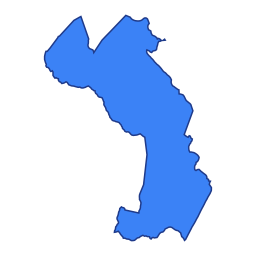 Esplanada, Bahia, Brazil
{"feature_id": "56859067B16416208694581", "entity_name": "Esplanada", "entity_type": "district", "adm_level": 2, "iso_a3": "BRA", "parent_name": "Brazil", "parent_adm1": "Bahia", "projection": "robinson", "projection_center": [-37.881, -11.95], "detail": "fine", "context": "isolated", "style": "filled", "palette": "blue", "viewbox_px": 256, "rotation_deg": 0, "n_neighbors": 0, "source": "geoboundaries", "source_scale": "gbopen_adm2", "svg_char_len": 4781}
<svg xmlns="http://www.w3.org/2000/svg" viewBox="0 0 256 256"><path d="M73.9,20.4L59.5,36.1L58.3,36.5L57.7,37.8L50.1,48.0L47.3,51.3L46.0,51.3L45.5,52.6L45.0,54.5L44.6,56.4L44.6,57.7L44.6,59.5L45.2,61.6L45.6,62.9L46.3,64.3L45.9,65.9L46.7,67.2L48.1,67.5L49.3,68.8L50.1,70.6L50.9,71.5L52.3,70.8L53.0,72.0L53.0,73.3L53.0,75.4L54.0,77.0L55.0,78.2L56.1,77.7L57.3,78.5L58.4,78.7L58.5,80.5L59.4,81.7L60.6,82.1L61.8,83.5L63.3,83.2L64.5,82.8L66.0,81.8L67.3,82.5L68.1,83.8L68.9,84.9L70.0,85.2L71.3,85.8L72.7,86.0L73.8,86.1L75.1,86.5L76.2,86.8L78.2,87.3L79.9,87.1L80.8,87.7L82.0,88.0L83.3,87.9L84.3,87.6L85.4,87.3L86.6,86.6L88.5,86.0L89.6,86.9L90.6,87.6L91.7,89.1L93.0,89.9L93.9,90.7L95.0,90.8L95.2,92.2L95.7,93.4L96.7,94.1L97.4,95.0L98.1,96.3L99.2,97.1L100.5,97.3L102.0,97.7L102.9,99.5L103.4,101.0L104.0,102.1L103.9,103.4L103.9,104.8L104.8,106.4L105.6,107.7L106.0,109.1L106.4,110.5L107.2,111.1L108.3,112.4L108.9,114.6L109.6,115.9L109.9,117.3L111.1,118.6L111.9,119.9L113.2,120.8L114.6,121.0L115.7,121.6L117.6,122.0L119.3,122.7L119.9,123.7L120.9,124.6L121.5,126.0L122.3,127.2L122.5,128.4L123.4,129.3L124.3,130.1L124.9,131.3L126.4,132.0L127.9,131.8L129.0,132.2L129.8,133.0L130.6,134.0L131.7,135.0L133.3,135.4L135.0,135.2L136.9,135.0L138.6,134.4L140.2,133.8L141.8,135.1L143.3,136.4L144.8,137.2L147.0,154.7L146.2,161.7L143.6,184.7L140.0,193.5L139.5,195.0L139.4,196.7L139.5,198.2L139.5,199.5L140.4,201.0L141.0,202.8L140.8,204.6L140.5,205.9L140.4,207.9L139.9,209.4L139.0,211.0L138.8,213.0L125.0,210.0L124.7,208.7L123.8,207.8L122.4,207.5L121.4,206.9L119.8,208.5L119.5,210.5L118.7,212.0L118.3,214.2L117.8,215.9L117.1,217.4L117.0,218.9L117.7,220.4L118.5,222.1L118.3,223.4L117.2,224.4L116.6,225.8L115.7,226.9L115.5,228.4L115.3,229.6L114.6,230.7L114.4,232.3L115.6,232.1L116.9,231.8L118.2,231.2L119.6,232.7L120.6,234.4L121.8,235.8L122.9,237.0L123.3,238.2L125.0,238.2L126.7,239.0L128.8,239.2L130.2,239.9L131.3,240.6L132.8,240.6L134.6,240.3L135.9,239.2L137.4,237.9L139.1,237.6L140.4,236.5L141.6,235.9L142.9,235.3L144.6,236.2L146.0,235.9L147.3,236.6L148.4,236.6L149.5,236.8L150.1,238.4L151.1,239.0L151.9,237.9L153.0,237.4L154.3,237.9L155.6,237.7L157.0,237.5L157.7,236.6L158.6,235.1L159.7,233.4L161.2,232.3L162.9,232.0L164.3,230.6L165.2,228.9L166.8,228.2L168.5,227.3L170.2,227.0L172.0,227.5L173.4,228.6L174.3,229.2L175.3,229.9L176.6,230.4L178.1,230.7L179.6,232.0L180.7,232.9L181.0,234.3L181.4,235.4L181.7,236.6L182.8,237.5L183.8,238.8L184.5,240.4L185.6,239.5L186.3,238.1L187.0,236.8L187.7,235.4L188.2,234.4L189.1,232.7L190.3,230.4L191.1,228.9L191.9,227.2L192.9,225.6L193.6,224.4L194.4,223.1L195.5,221.1L196.2,219.7L196.9,218.4L197.8,216.9L198.3,215.9L199.1,214.2L199.9,212.6L200.7,210.9L201.5,209.4L202.3,207.8L203.0,206.6L203.6,205.4L204.3,204.1L204.9,202.8L205.7,201.2L207.0,199.0L207.8,197.3L208.5,196.1L209.4,194.6L210.1,193.4L210.7,192.0L211.3,190.7L211.4,189.2L211.4,187.5L210.3,185.9L209.3,184.5L209.6,182.8L210.4,181.2L208.6,180.9L208.5,179.4L206.8,178.5L206.9,177.3L206.5,176.0L205.7,174.9L203.4,173.2L202.2,172.2L201.3,171.6L200.2,170.5L199.0,169.4L197.4,169.6L196.0,170.5L194.8,169.7L194.6,168.2L194.6,166.8L194.9,165.4L195.9,164.1L196.1,162.3L197.3,161.7L198.2,160.4L198.8,158.9L199.1,157.3L198.4,156.1L197.7,155.2L196.8,154.4L195.4,153.4L193.9,152.6L192.4,152.3L191.1,152.0L190.0,152.2L189.3,151.1L188.9,150.0L188.7,148.1L188.7,146.4L189.2,145.3L189.8,144.0L190.7,143.0L191.0,141.8L191.9,140.9L192.3,139.0L190.8,137.9L190.3,136.2L189.2,135.7L188.1,137.3L186.6,136.5L185.1,135.4L184.2,134.6L192.9,110.8L190.8,104.5L189.8,103.4L188.8,102.7L187.9,101.9L186.3,100.6L185.6,99.4L184.7,97.5L184.0,96.1L182.9,94.8L180.6,94.1L179.1,93.9L178.9,89.8L177.7,89.4L176.7,88.6L175.8,88.0L174.6,87.1L173.7,86.4L172.7,85.9L172.0,84.9L171.4,83.6L171.1,82.0L171.4,79.9L170.4,77.8L169.6,76.8L168.7,75.9L167.3,74.9L166.2,73.6L165.4,72.8L164.4,72.2L163.4,71.4L162.3,70.0L161.2,68.5L160.0,67.1L158.9,65.9L158.0,65.1L156.8,64.2L155.6,62.9L154.5,61.8L153.8,60.8L152.7,59.4L151.2,58.0L150.3,56.8L149.2,55.9L148.3,54.9L147.2,53.5L146.7,52.3L146.6,51.1L146.9,49.9L149.4,51.0L150.2,52.0L151.7,52.5L152.7,51.2L153.8,50.8L155.3,50.5L156.5,49.6L156.7,48.4L156.9,47.0L157.5,45.2L158.0,42.9L158.8,41.4L160.0,41.3L161.5,40.6L160.1,39.2L158.7,38.4L157.3,39.0L156.9,37.8L154.8,36.2L152.3,35.2L151.2,33.2L150.8,31.0L149.5,30.2L148.5,29.7L147.9,27.7L147.8,26.4L148.0,25.2L149.2,23.4L147.5,19.0L146.4,18.1L145.0,17.9L143.8,18.4L142.9,19.2L141.5,20.3L139.6,20.9L138.1,21.0L136.7,20.9L135.3,20.7L133.7,20.2L132.4,19.5L131.4,18.8L130.2,17.2L125.8,15.4L110.2,31.7L105.6,36.4L102.0,40.2L93.8,52.6L93.5,51.2L92.8,49.9L91.1,49.2L89.6,48.6L88.8,47.7L88.2,46.7L87.9,45.0L88.3,43.4L88.4,41.8L88.3,40.5L88.7,39.0L80.9,16.5L79.2,17.4L73.9,20.4ZM165.2,40.2L164.6,39.2L163.0,40.4L165.2,40.2Z" fill="#3b82f6" stroke="#1e3a8a" stroke-width="1.5"/></svg>